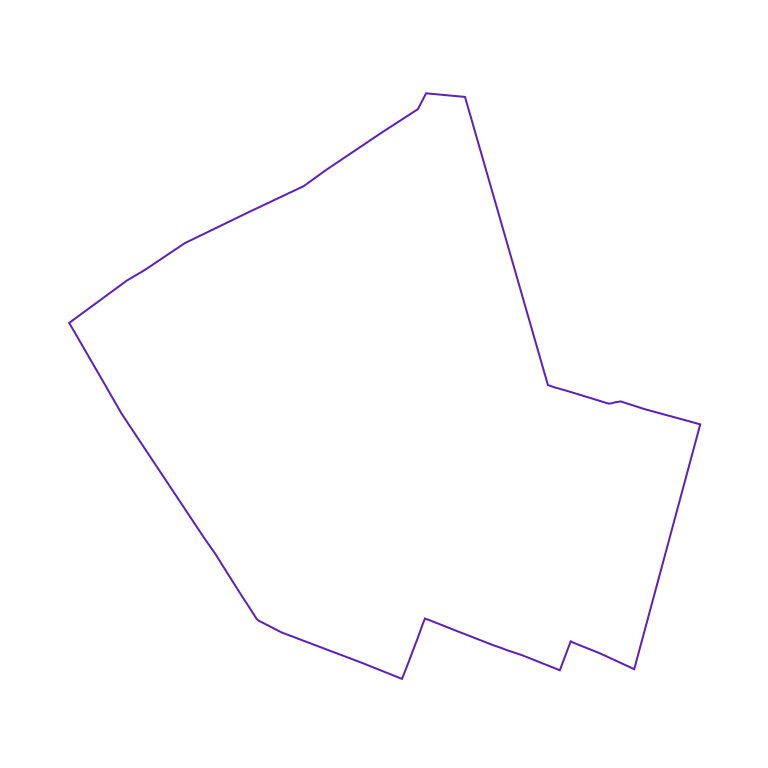 the district of Al-Zohour, Egypt, rotated 94°
{"feature_id": "37247803B87412130883557", "entity_name": "Al-Zohour", "entity_type": "district", "adm_level": 2, "iso_a3": "EGY", "parent_name": "Egypt", "parent_adm1": "", "projection": "orthographic", "projection_center": [32.271, 31.265], "detail": "fine", "context": "isolated", "style": "outline", "palette": "violet", "viewbox_px": 768, "rotation_deg": 94, "n_neighbors": 0, "source": "geoboundaries", "source_scale": "gbopen_adm2", "svg_char_len": 966}
<svg xmlns="http://www.w3.org/2000/svg" viewBox="0 0 768 768"><g transform="rotate(94 384 384)"><path d="M564.9,540.7L589.0,523.1L605.3,511.1L616.1,502.9L627.3,494.6L628.1,493.5L628.9,492.5L630.6,488.3L635.9,476.1L639.0,468.8L663.7,386.6L676.9,345.5L675.1,344.9L673.3,344.3L659.2,339.9L653.5,338.2L648.7,336.8L639.6,334.0L630.5,331.3L625.6,330.0L619.6,328.2L615.1,326.8L616.2,322.9L624.3,297.4L637.2,256.0L639.3,248.0L640.8,243.4L641.2,242.0L641.5,240.6L644.9,227.4L657.3,188.6L627.7,179.8L628.6,177.6L629.4,175.4L637.4,150.4L651.0,114.5L402.2,65.7L390.8,122.8L384.9,146.6L385.3,148.6L385.5,149.1L385.7,149.8L385.8,150.3L385.9,151.6L386.6,153.5L387.3,155.1L387.6,156.9L387.9,158.7L378.5,199.1L375.4,213.8L373.6,220.4L92.0,323.2L91.1,362.3L107.4,369.3L133.1,403.5L174.6,456.8L192.2,477.9L201.4,494.3L221.1,529.4L257.4,592.6L286.5,630.0L298.8,647.8L345.0,702.3L402.7,663.3L431.9,643.7L550.2,552.6L564.9,540.7Z" fill="none" stroke="#5b21b6" stroke-width="2"/></g></svg>